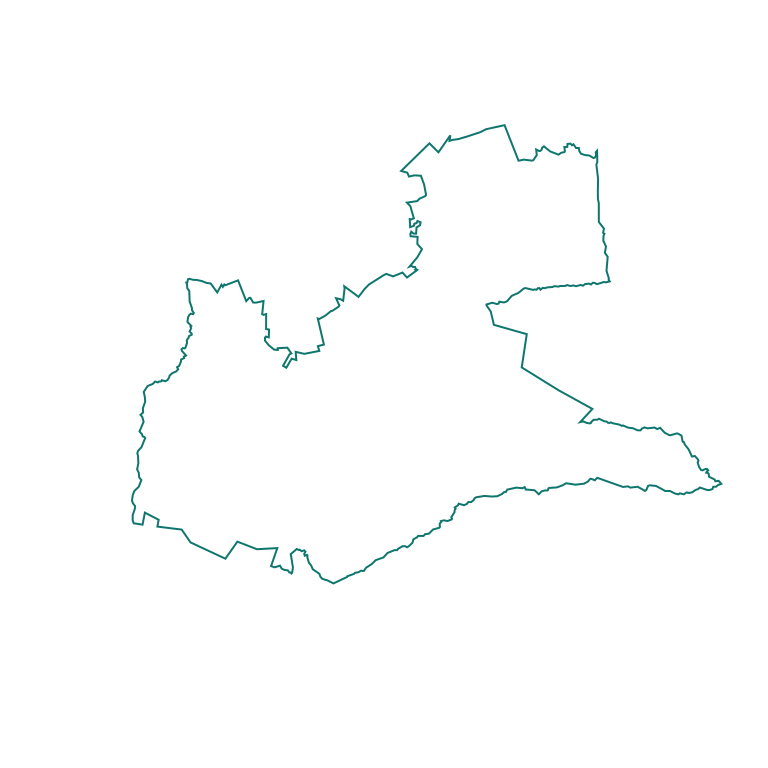 the district of Goromonzi, Mashonaland East, Zimbabwe, rotated 70°
{"feature_id": "62879985B13905566839040", "entity_name": "Goromonzi", "entity_type": "district", "adm_level": 2, "iso_a3": "ZWE", "parent_name": "Zimbabwe", "parent_adm1": "Mashonaland East", "projection": "albers", "projection_center": [31.401, -17.8], "detail": "fine", "context": "isolated", "style": "outline", "palette": "teal", "viewbox_px": 768, "rotation_deg": 70, "n_neighbors": 0, "source": "geoboundaries", "source_scale": "gbopen_adm2", "svg_char_len": 6165}
<svg xmlns="http://www.w3.org/2000/svg" viewBox="0 0 768 768"><g transform="rotate(70 384 384)"><path d="M237.7,104.0L238.6,105.7L241.8,106.6L243.3,108.3L243.3,109.9L239.6,112.8L237.5,117.0L235.0,120.1L231.9,120.8L228.9,120.2L227.9,122.8L223.5,124.0L224.0,125.7L221.9,126.6L221.2,129.5L223.9,130.7L223.0,133.5L226.9,134.3L227.8,135.2L227.3,138.5L228.2,141.5L222.3,148.3L215.4,152.4L216.0,154.5L217.9,155.9L218.4,157.5L218.2,158.4L215.7,160.8L221.2,162.2L224.8,167.2L224.6,168.8L221.0,175.8L220.2,181.2L182.0,182.2L179.5,200.8L180.3,207.4L179.9,219.8L179.3,230.4L178.0,236.4L178.0,239.3L173.0,236.6L184.9,253.6L173.4,259.0L189.7,295.0L193.4,289.8L197.6,289.6L198.3,284.2L200.9,278.1L210.4,278.1L220.8,279.8L221.6,281.1L222.0,287.3L223.5,290.2L221.4,300.4L225.9,298.4L238.5,299.3L238.7,302.2L237.8,303.4L245.6,305.8L245.5,301.7L243.7,300.6L244.0,298.5L242.3,296.8L244.6,294.3L247.1,295.9L248.0,299.9L253.7,302.4L252.7,304.9L250.2,306.3L252.3,308.1L254.3,308.4L257.2,302.1L263.8,304.8L270.3,302.2L276.3,309.3L282.4,319.8L282.4,317.8L283.8,316.8L284.7,314.7L286.8,314.8L287.6,314.1L287.6,315.2L288.5,314.5L291.8,326.0L285.6,328.5L286.0,338.6L281.4,344.1L281.5,346.5L285.4,364.2L288.1,369.8L293.4,378.1L278.6,387.9L281.0,388.5L291.8,393.9L289.6,395.7L287.0,399.7L295.0,399.1L295.8,400.1L297.6,407.6L297.3,408.8L299.6,415.4L300.8,422.6L299.8,423.8L326.4,427.0L325.8,433.2L330.8,433.5L328.4,448.6L323.6,456.0L331.5,458.2L328.6,462.1L335.3,470.2L332.3,472.6L323.8,462.6L323.6,460.6L316.8,462.4L314.0,471.7L315.7,472.2L314.1,475.5L308.0,479.1L302.5,481.0L299.8,480.0L299.0,478.8L300.8,476.3L293.5,473.4L292.0,476.0L278.0,470.8L277.8,473.6L276.8,474.6L264.8,468.8L263.8,476.3L262.7,479.1L257.3,480.1L257.0,481.2L259.0,485.1L236.7,485.7L236.9,499.4L235.9,500.0L237.6,502.2L235.1,502.7L240.9,509.4L230.2,512.5L228.6,515.8L225.0,519.9L222.1,524.5L220.9,527.6L218.5,531.1L218.5,532.3L221.8,534.5L221.4,535.1L223.7,535.1L226.4,536.1L230.1,535.2L240.0,538.4L246.8,538.5L248.9,539.2L252.2,538.4L253.1,539.5L251.8,541.5L252.5,543.4L254.3,545.3L258.5,547.5L263.6,545.2L264.1,546.3L265.6,546.1L268.2,548.7L270.8,547.5L271.9,547.8L272.3,550.9L273.8,551.9L275.3,554.3L278.2,555.1L282.2,558.4L282.3,559.4L281.4,560.7L282.1,562.4L283.7,562.6L289.6,560.3L289.8,562.7L291.3,562.9L291.6,566.3L293.6,567.2L297.0,570.4L297.4,572.7L299.8,572.4L301.2,575.2L301.3,579.0L302.8,582.6L304.5,583.8L306.3,586.2L306.6,588.6L304.5,591.4L305.3,592.2L304.8,594.6L305.2,595.9L303.4,598.2L304.9,601.5L305.0,606.8L309.3,612.5L314.6,613.2L319.0,614.5L324.3,618.9L328.4,620.1L329.7,623.4L332.3,622.4L337.3,622.8L345.0,630.0L348.4,628.6L350.7,628.7L352.0,627.2L353.1,626.9L360.4,633.5L362.8,638.0L364.7,639.5L367.4,639.7L374.6,642.0L379.8,645.2L383.5,644.8L387.9,646.0L391.3,644.9L396.7,649.6L399.2,655.3L402.8,658.3L407.4,660.7L410.3,660.7L413.4,659.7L416.1,660.8L421.2,665.0L426.2,666.8L429.3,666.8L433.6,659.0L423.1,652.7L434.5,642.2L440.5,645.7L451.6,623.9L466.7,620.0L493.9,592.8L482.0,575.7L495.8,559.9L501.7,540.4L516.5,552.4L518.9,549.4L519.1,543.9L522.4,543.3L524.7,541.2L526.2,538.1L528.7,537.4L529.3,536.1L530.4,535.8L530.0,534.9L525.2,532.3L512.0,529.8L509.2,522.4L510.9,520.8L510.9,519.9L513.0,518.5L513.0,515.9L514.7,515.2L516.2,517.0L518.2,517.2L518.2,515.0L518.8,514.5L520.4,515.3L526.1,515.7L529.8,514.5L533.7,514.3L540.3,509.6L543.4,509.7L546.0,508.6L549.3,504.2L554.1,499.7L552.7,484.6L552.1,484.1L552.2,477.2L551.5,475.9L552.1,472.9L551.6,469.4L552.8,466.9L550.5,463.7L549.1,457.4L546.7,451.9L546.8,443.8L544.0,438.5L543.7,430.9L544.6,428.6L543.6,426.8L542.8,421.9L543.7,419.5L545.3,418.2L545.0,416.3L542.9,411.5L540.0,409.5L539.4,405.5L538.4,403.9L540.3,398.8L539.2,396.7L540.0,393.0L537.5,387.7L538.0,381.2L537.4,380.3L534.4,379.5L533.3,377.6L532.3,377.5L532.6,374.4L534.5,371.1L534.4,366.7L533.8,366.2L532.2,366.3L528.7,361.7L526.9,360.9L525.8,359.4L524.2,359.8L523.3,356.1L522.0,354.7L525.2,350.4L525.1,347.3L523.8,345.1L524.8,342.4L523.7,339.5L522.3,337.8L522.0,336.0L523.5,328.0L526.7,321.0L528.2,315.9L527.7,310.7L526.7,308.4L527.1,306.3L525.4,304.3L526.6,295.2L529.3,289.5L529.0,287.1L531.6,286.9L535.3,278.9L540.6,276.2L538.8,272.7L539.0,269.5L539.9,266.9L539.7,266.1L538.3,265.2L538.2,264.2L540.3,257.0L540.3,250.9L539.5,246.9L544.1,238.5L546.1,230.1L545.4,225.6L543.8,223.0L543.8,221.9L546.6,218.8L545.1,215.7L562.5,194.6L563.6,189.8L565.6,188.0L567.3,180.8L573.8,175.2L573.2,173.6L570.1,170.8L570.1,168.9L572.8,163.3L580.8,156.2L582.4,151.8L586.4,148.1L588.4,145.1L587.9,143.4L590.2,140.0L589.4,136.7L590.6,134.9L591.2,131.5L590.1,127.4L590.2,124.8L589.3,122.6L594.1,116.6L595.0,114.4L595.0,111.2L593.2,109.8L594.1,107.0L593.2,104.9L593.2,101.2L589.4,102.7L588.7,105.9L586.9,105.9L582.3,110.3L579.3,109.6L578.2,110.2L577.6,111.5L576.6,110.6L576.1,108.9L574.5,109.4L573.8,110.8L574.1,114.2L573.2,115.5L569.5,116.3L564.9,116.1L563.7,114.7L562.2,114.8L558.0,116.5L557.5,119.4L549.6,120.1L543.6,122.1L541.4,122.0L540.3,123.1L534.2,122.1L531.2,124.7L530.6,125.7L530.1,132.5L529.4,133.6L525.8,136.9L519.6,139.5L519.8,142.7L517.5,144.6L515.8,151.4L513.9,154.1L514.1,157.0L515.3,158.7L514.3,161.5L510.7,165.2L508.6,169.4L504.7,173.6L504.7,174.8L502.6,176.8L499.0,182.7L497.7,183.8L497.7,185.5L497.0,186.8L495.6,187.6L494.2,189.9L490.2,193.8L490.5,195.8L489.3,199.3L490.6,202.2L491.4,202.9L491.5,203.8L490.1,206.6L487.3,209.6L486.9,212.7L478.7,196.7L449.7,222.0L415.5,248.9L386.0,232.8L366.0,260.5L352.3,258.9L345.2,260.8L344.3,260.5L344.7,254.5L347.6,250.3L347.6,248.8L346.1,247.5L348.4,243.4L348.4,240.2L344.8,233.7L344.4,226.7L342.2,220.4L342.1,218.5L346.6,211.6L346.6,210.3L347.6,208.4L346.6,206.7L347.1,205.1L348.9,204.7L348.0,202.1L349.1,199.7L349.0,197.8L350.5,192.4L350.3,190.6L352.2,186.6L352.1,185.1L353.9,180.0L353.6,178.2L355.7,175.3L356.2,172.2L357.8,170.1L358.2,165.3L359.7,163.4L358.9,161.0L359.7,157.2L361.3,155.4L360.3,153.3L361.0,151.5L363.0,149.8L363.4,142.3L364.3,141.0L364.8,136.8L362.9,137.3L361.8,136.6L353.7,136.2L341.0,130.3L336.3,131.6L330.8,128.4L324.4,128.9L319.7,127.0L318.3,125.5L316.9,126.4L313.3,124.2L305.2,126.7L287.8,120.4L283.0,119.6L275.6,117.0L264.6,112.7L250.5,109.4L248.3,107.6L237.7,104.0Z" fill="none" stroke="#0f766e" stroke-width="2"/></g></svg>